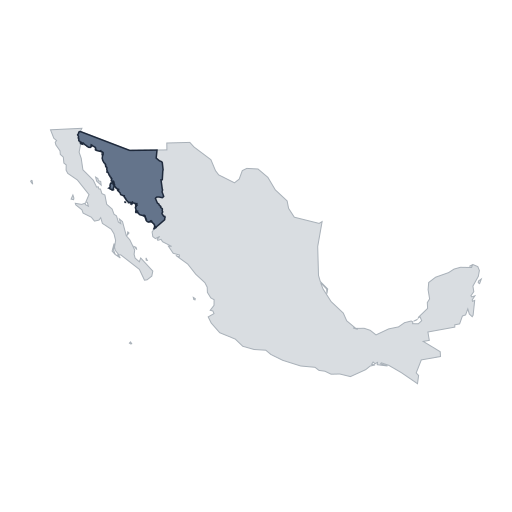 Sonora on a map of Mexico (Albers equal-area conic projection)
{"feature_id": "MEX-2712", "entity_name": "Sonora", "entity_type": "State", "adm_level": 1, "iso_a3": "MEX", "parent_name": "Mexico", "parent_adm1": "", "projection": "albers", "projection_center": [-111.078, 29.368], "detail": "fine", "context": "in_parent", "style": "filled", "palette": "slate", "viewbox_px": 512, "rotation_deg": 0, "n_neighbors": 0, "source": "natural_earth", "source_scale": "10m", "svg_char_len": 9237}
<svg xmlns="http://www.w3.org/2000/svg" viewBox="0 0 512 512"><path d="M50.5,129.8L81.9,128.3L80.3,131.4L129.7,150.4L166.9,149.9L166.8,143.0L189.8,142.4L194.1,147.1L210.9,159.7L215.5,170.7L218.7,174.9L234.5,182.8L239.2,179.1L242.3,170.6L246.8,168.4L258.0,169.0L267.9,177.4L275.3,189.9L287.1,200.9L288.6,208.4L294.3,217.2L319.1,223.4L322.1,221.6L317.7,246.5L318.5,275.5L320.3,281.5L327.7,289.0L326.9,293.6L326.7,289.1L320.6,282.7L323.0,288.9L331.1,301.6L343.3,313.1L346.7,320.8L355.2,327.9L353.1,328.0L357.7,329.4L356.2,328.4L364.2,328.3L370.2,330.3L376.0,334.9L388.7,328.9L398.5,326.9L404.5,322.7L411.2,321.0L412.8,321.9L412.6,323.7L418.3,323.8L421.7,320.7L420.0,316.7L418.3,318.0L418.6,317.1L427.6,308.4L427.3,302.6L429.6,298.9L428.1,289.7L428.7,282.5L435.6,277.2L448.6,272.6L454.0,269.1L460.4,267.3L471.6,267.5L472.2,265.8L469.4,266.3L472.8,264.5L477.8,266.6L479.4,270.5L478.3,276.4L472.9,286.1L473.8,291.7L470.9,295.8L471.8,296.9L474.9,295.8L472.2,299.9L472.5,301.3L474.7,300.4L473.1,315.2L472.2,316.7L469.3,314.0L467.8,308.9L465.6,314.9L462.4,316.0L459.6,323.9L454.8,324.8L454.8,327.1L427.9,332.0L429.3,340.4L423.2,341.4L440.2,351.7L440.5,356.5L421.3,359.9L416.2,372.9L418.6,375.5L417.5,383.7L401.3,372.6L388.7,365.3L381.3,362.8L380.6,363.8L387.5,366.0L377.2,364.7L377.5,362.4L375.0,363.7L373.1,362.0L371.6,364.3L375.1,364.9L370.1,366.1L365.6,369.7L350.4,376.6L339.8,374.0L331.1,374.2L324.9,371.2L319.0,370.4L315.0,367.3L300.7,366.0L282.7,360.3L270.9,354.5L265.8,350.2L254.1,349.5L242.8,346.3L235.3,339.1L219.7,332.7L211.2,323.0L208.2,316.9L214.0,313.6L212.9,311.0L210.2,310.3L214.0,305.4L214.1,299.7L210.8,297.9L207.4,292.4L207.2,287.2L204.9,282.7L195.8,274.3L187.8,264.1L175.8,255.4L179.2,257.0L179.4,255.0L173.2,253.3L168.4,246.2L171.6,246.4L162.5,241.7L161.1,239.4L157.8,240.3L157.2,239.2L159.7,236.4L155.4,238.6L152.8,236.6L152.1,231.9L155.2,227.6L156.4,228.4L154.1,224.1L151.2,221.5L147.5,221.6L144.8,215.9L140.2,214.6L137.4,212.2L135.5,207.1L136.7,203.8L128.6,202.2L114.6,185.9L113.8,182.1L111.8,180.8L103.0,160.6L102.3,154.5L103.3,152.5L95.7,149.7L94.0,146.4L91.6,145.3L88.9,147.1L78.7,140.7L80.5,144.7L79.1,152.2L81.2,158.3L82.9,169.8L93.3,180.2L96.6,187.1L98.2,186.8L98.9,188.9L100.5,189.1L101.9,193.6L104.9,195.0L106.7,204.3L112.1,209.0L114.0,214.2L116.5,215.9L118.4,222.1L120.7,223.6L119.4,219.0L122.5,221.6L126.3,235.8L129.8,239.8L134.7,250.0L134.1,254.3L135.1,258.1L139.3,261.8L140.7,258.0L152.8,271.1L151.8,276.1L147.1,279.8L144.5,280.2L139.4,269.4L120.7,254.8L119.0,255.0L115.3,250.4L114.5,247.2L115.6,240.4L114.0,233.8L111.2,229.2L102.4,223.4L100.7,217.7L99.0,220.1L94.5,221.1L91.3,217.2L83.1,213.1L81.9,209.8L75.8,204.9L75.3,203.3L81.6,204.4L85.3,203.1L85.3,204.6L88.4,206.2L87.3,202.4L85.8,202.1L89.0,194.6L77.4,180.0L67.8,173.4L66.1,170.2L66.2,164.9L63.9,163.1L63.3,157.1L60.3,154.4L60.0,150.8L55.9,145.0L55.2,142.3L56.6,140.6L53.8,138.2L50.5,129.8ZM114.1,186.1L113.0,189.8L109.8,188.5L111.1,183.1L113.0,182.5L114.1,186.1ZM101.2,185.2L96.7,181.2L95.6,177.1L97.9,178.5L98.4,180.8L100.7,181.4L101.2,185.2ZM479.6,283.6L478.2,282.7L478.5,281.0L481.3,279.0L479.6,283.6ZM115.5,254.9L112.1,251.1L114.1,243.5L113.6,250.3L115.5,254.9ZM73.6,199.7L71.1,199.1L72.9,195.0L73.9,198.1L73.6,199.7ZM32.7,184.2L30.7,181.5L31.2,180.4L32.0,180.5L32.7,184.2ZM118.3,255.0L120.3,258.0L116.1,255.1L118.3,255.0ZM195.3,298.7L195.0,299.9L193.8,299.5L193.3,297.4L195.3,298.7ZM136.0,247.3L136.8,249.6L134.5,246.7L136.0,247.3ZM127.8,231.9L129.0,233.0L127.2,235.1L127.8,231.9ZM131.7,343.7L130.8,344.0L129.4,343.1L130.5,341.9L131.7,343.7ZM415.9,320.3L413.6,321.2L417.5,319.3L415.9,320.3ZM147.3,260.4L146.2,260.2L146.0,257.9L147.3,260.4Z" fill="#d9dde1" stroke="#a8b0b8" stroke-width="1"/><path d="M80.5,131.6L123.6,148.1L129.4,150.3L130.2,150.4L157.0,150.1L156.2,157.9L156.2,158.1L159.4,160.8L159.9,161.0L160.8,161.3L161.5,161.7L162.1,162.2L162.3,162.7L163.1,169.9L162.8,170.8L162.3,179.7L162.0,179.8L161.0,179.8L162.3,189.3L162.6,189.9L162.1,191.6L162.1,192.0L163.5,195.8L163.7,196.4L162.5,197.6L162.3,197.7L159.1,197.0L157.8,197.0L156.7,197.1L155.7,197.9L155.5,198.2L155.4,198.4L157.4,203.1L158.8,204.0L159.0,204.2L159.1,204.9L159.3,205.2L160.8,206.4L160.6,206.8L160.6,207.3L161.2,207.9L162.1,208.5L162.3,208.7L162.4,209.2L162.2,210.7L162.6,211.5L162.7,212.0L162.5,212.3L162.1,212.9L162.0,213.3L162.0,213.7L162.4,214.3L163.6,216.1L164.0,216.4L164.7,216.3L165.1,217.1L164.7,218.6L164.7,219.6L164.6,219.8L159.2,224.5L156.2,227.0L155.8,226.7L155.4,226.5L155.6,226.8L155.0,226.7L154.6,227.2L154.6,225.9L154.4,224.7L153.6,223.6L153.0,223.2L152.5,222.6L152.1,222.2L151.3,222.0L151.2,221.9L151.4,221.9L152.0,222.0L151.9,221.8L151.8,221.7L151.8,221.4L151.3,221.4L151.2,221.0L150.9,221.2L150.8,220.9L150.6,220.8L150.3,221.2L150.2,221.4L150.7,221.5L150.6,221.8L151.1,222.0L150.6,221.9L149.5,221.7L148.9,221.8L148.7,221.9L148.7,222.1L148.3,222.0L147.3,221.6L146.4,220.7L146.0,220.1L145.8,219.1L145.6,218.7L145.4,218.0L144.8,217.1L145.4,217.8L145.7,218.0L145.3,217.1L145.2,216.1L144.7,215.6L144.3,215.3L143.8,215.2L143.5,215.4L143.2,215.8L142.8,215.5L140.1,214.8L139.4,214.5L138.5,213.3L137.9,212.9L137.6,212.8L137.1,212.6L136.8,212.7L138.0,212.6L137.5,211.8L137.4,211.6L137.5,211.3L137.3,211.3L137.1,211.1L136.7,211.4L136.4,211.3L136.3,210.4L135.9,210.2L135.9,209.2L135.4,207.8L135.4,207.3L135.5,207.0L136.0,206.8L136.2,206.6L136.2,206.4L135.8,206.4L135.7,206.6L135.8,206.1L136.4,205.8L136.5,205.7L136.0,205.7L135.8,205.5L135.7,205.3L135.9,204.9L135.7,204.9L135.5,204.6L135.6,204.4L135.8,204.6L135.9,204.2L136.8,204.1L137.0,204.0L136.9,203.7L136.6,203.8L135.9,203.5L135.5,203.5L135.4,203.7L134.8,203.3L133.8,203.0L132.8,203.0L132.3,203.2L132.9,202.8L132.7,202.5L132.6,202.0L132.5,201.9L132.3,201.9L132.2,202.0L132.2,202.7L131.8,203.3L132.0,203.2L132.1,203.3L132.1,203.8L131.8,204.2L131.4,203.6L131.0,203.5L130.8,203.2L131.1,203.0L130.6,202.5L130.3,202.3L129.7,202.4L129.5,202.7L128.9,202.7L129.0,202.5L128.9,202.3L128.7,202.2L128.3,202.0L127.9,201.9L127.3,201.0L126.9,200.9L126.7,200.6L126.5,200.3L126.2,199.7L125.8,199.3L125.7,198.6L125.5,198.4L125.2,198.4L124.9,197.5L124.3,197.0L124.2,196.7L124.1,196.4L124.3,196.0L124.3,195.8L123.9,195.8L122.3,195.3L121.5,194.9L120.7,194.6L120.0,192.7L117.8,190.6L117.5,190.0L117.5,189.9L118.2,189.6L118.4,190.1L118.6,190.1L118.7,189.8L118.6,189.3L117.8,189.3L117.2,188.7L116.4,188.4L116.3,188.1L116.1,188.0L116.2,187.9L115.7,187.4L115.4,186.9L114.6,186.7L114.7,186.4L114.5,185.5L114.5,185.1L114.3,185.1L114.6,184.5L114.6,184.4L114.4,184.1L114.2,183.8L114.2,183.7L113.8,183.3L114.0,182.7L114.0,182.3L113.6,181.4L113.3,181.1L112.6,181.1L112.4,181.3L112.4,181.6L112.0,181.3L111.3,180.9L111.2,180.4L111.8,179.1L111.8,178.7L111.7,178.5L111.4,178.4L111.1,178.2L111.1,177.5L110.1,176.7L109.7,175.6L109.6,175.4L109.4,175.4L109.1,175.1L108.9,174.3L108.4,173.4L108.1,172.5L108.0,172.3L107.7,172.1L107.4,172.1L107.2,172.2L106.9,172.1L106.9,171.9L107.0,171.6L107.0,171.4L107.2,170.5L106.8,169.8L106.9,167.8L106.8,167.4L106.2,166.7L105.9,166.5L105.7,166.5L105.7,166.2L105.7,165.1L105.6,164.5L105.4,164.1L104.8,163.4L103.9,162.5L102.7,160.3L102.3,158.6L102.1,158.1L102.3,157.6L102.5,156.1L102.5,155.5L102.1,154.4L102.1,154.2L102.3,154.3L102.6,155.3L103.1,154.8L103.2,152.8L103.0,152.6L102.7,152.1L102.3,151.9L102.0,151.8L102.0,152.0L102.3,152.2L102.3,152.3L101.3,151.7L101.1,151.4L101.0,151.2L100.8,150.7L100.3,150.9L100.4,151.1L100.9,151.4L100.7,151.5L96.7,150.5L96.6,150.2L95.7,150.1L95.4,149.8L95.5,149.7L95.8,149.8L95.9,149.6L95.6,148.4L95.6,147.9L95.3,147.4L94.6,146.9L94.0,146.6L93.8,146.4L93.4,146.3L92.5,145.8L92.4,145.5L91.6,145.7L91.4,145.5L91.4,144.9L91.2,144.8L91.1,145.9L91.2,146.0L91.4,146.0L91.5,146.2L91.3,146.3L91.1,146.6L91.1,146.8L90.8,146.9L90.4,147.4L88.7,147.3L88.1,147.0L87.8,146.7L87.1,146.4L86.6,145.9L86.6,145.7L85.2,144.9L84.8,144.5L84.4,144.3L83.3,143.0L83.0,143.0L81.9,142.9L81.1,142.2L80.4,142.0L79.9,141.4L79.5,141.2L78.8,140.6L78.8,138.7L78.6,138.3L78.2,138.0L78.2,137.8L78.5,137.3L78.6,137.0L78.5,136.4L78.3,135.9L77.6,134.9L77.6,134.7L78.3,133.9L78.5,133.6L78.6,132.8L78.7,132.4L79.1,131.8L79.4,131.6L80.1,131.7L80.5,131.6ZM113.1,189.8L112.6,190.1L112.4,189.9L112.1,189.8L111.9,189.9L111.8,189.7L111.6,189.7L111.2,189.3L110.5,189.2L110.1,188.9L109.4,188.4L109.2,188.2L108.9,188.1L109.7,187.6L110.0,187.2L110.2,186.6L110.1,186.3L110.0,185.7L110.1,185.0L110.4,183.8L110.6,183.4L110.9,183.1L111.1,183.3L111.4,183.3L111.9,182.8L112.8,182.8L113.1,182.5L113.3,182.4L113.0,182.7L113.1,183.0L113.3,183.2L113.1,183.7L113.2,183.9L113.1,184.1L113.6,184.7L114.2,185.9L113.9,186.4L113.9,186.9L113.7,187.7L113.5,187.9L113.6,188.1L113.4,188.4L113.0,189.2L113.1,189.6L113.4,189.8L113.2,189.9L113.1,189.8ZM80.6,142.3L81.0,142.4L81.6,142.9L82.1,143.6L82.3,144.1L82.0,144.0L81.8,143.8L81.5,144.0L80.9,143.7L80.5,143.0L80.6,142.3ZM154.8,228.3L154.8,227.2L155.0,227.1L155.7,227.2L155.8,227.6L154.8,228.3ZM135.7,212.2L135.7,211.2L135.9,210.7L135.8,211.3L135.9,212.0L136.1,212.3L136.7,212.5L135.9,212.5L135.7,212.2ZM143.4,215.7L143.8,215.8L144.2,216.0L144.6,216.3L144.9,216.7L144.5,216.3L144.1,216.1L143.4,215.7ZM153.9,228.7L154.2,228.1L154.3,227.7L154.5,227.9L154.4,228.2L154.1,228.7L153.9,228.7ZM125.1,202.4L124.9,202.0L125.0,201.9L125.3,202.4L125.1,202.4Z" fill="#64748b" stroke="#1e293b" stroke-width="1.5"/></svg>